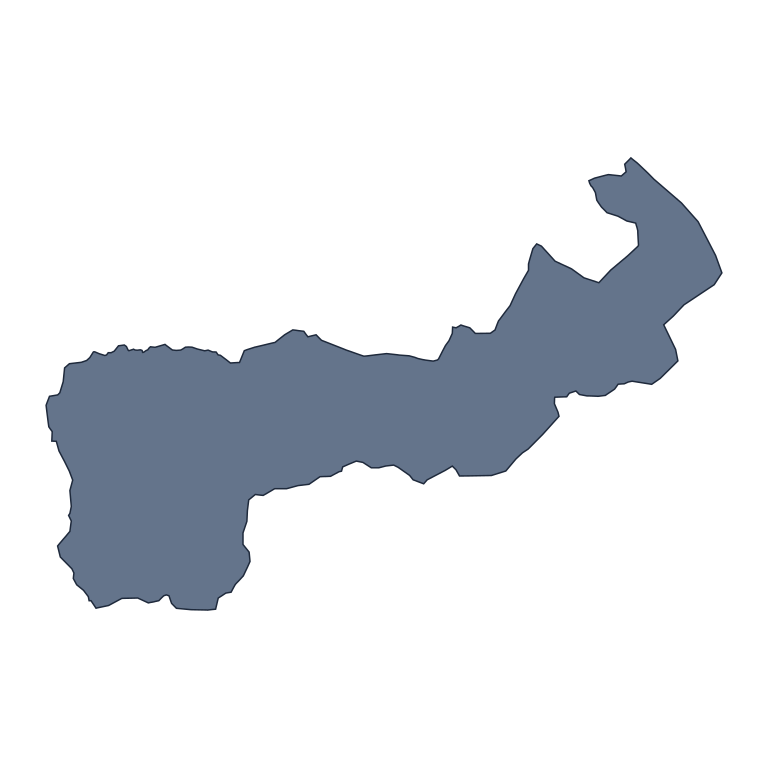 the district of Paikoro, Niger, Nigeria
{"feature_id": "59680162B6318880418470", "entity_name": "Paikoro", "entity_type": "district", "adm_level": 2, "iso_a3": "NGA", "parent_name": "Nigeria", "parent_adm1": "Niger", "projection": "albers", "projection_center": [6.843, 9.493], "detail": "fine", "context": "isolated", "style": "filled", "palette": "slate", "viewbox_px": 768, "rotation_deg": 0, "n_neighbors": 0, "source": "geoboundaries", "source_scale": "gbopen_adm2", "svg_char_len": 4830}
<svg xmlns="http://www.w3.org/2000/svg" viewBox="0 0 768 768"><path d="M639.9,165.5L639.5,165.1L637.0,162.8L632.8,159.5L630.9,157.9L629.1,159.8L626.8,162.1L624.7,164.2L625.5,168.2L626.1,171.8L621.3,176.0L618.0,175.6L608.4,174.6L605.4,175.3L595.1,178.0L594.7,178.1L594.4,178.2L591.4,179.6L588.9,180.7L589.6,183.1L591.0,185.9L591.8,186.6L592.9,188.0L595.4,192.6L596.2,197.0L596.8,200.2L598.4,202.7L601.0,206.4L601.6,207.2L602.2,207.8L605.1,210.7L607.0,212.7L610.2,213.7L618.0,216.2L621.9,218.3L626.8,221.0L632.4,222.3L635.7,223.1L636.5,226.0L636.8,226.8L637.0,227.6L637.2,228.3L637.4,229.1L637.5,229.7L637.8,230.7L637.8,232.2L638.1,238.5L638.5,245.2L638.0,246.2L627.6,255.9L610.7,270.1L598.9,282.7L598.2,282.5L583.9,277.8L571.6,268.9L555.1,261.2L541.4,246.1L536.7,243.9L532.9,248.6L529.6,259.8L528.5,264.0L528.5,270.3L523.7,278.6L515.5,293.8L510.1,305.6L507.8,308.6L505.4,311.7L499.9,319.1L498.5,320.9L497.9,322.4L497.1,324.4L495.3,329.2L495.1,329.9L490.3,333.3L487.4,333.3L478.5,333.4L475.3,333.4L472.5,330.5L469.8,327.8L467.2,327.0L463.5,325.9L460.9,325.0L458.5,326.5L458.1,326.7L457.9,326.8L456.1,327.8L452.6,327.1L452.3,333.4L449.0,340.7L445.5,345.5L442.7,350.8L439.4,357.3L438.5,359.0L437.4,360.0L433.2,361.1L430.9,360.8L425.6,360.1L422.3,359.5L417.9,358.5L414.7,357.3L409.1,355.8L399.6,355.1L396.6,354.7L386.6,353.6L375.2,354.9L367.1,355.9L363.9,356.2L360.9,355.2L349.3,351.1L348.4,350.8L346.1,350.0L343.4,348.9L326.1,342.1L321.5,340.3L318.9,337.7L316.1,334.8L312.3,335.7L307.9,336.8L306.1,334.5L303.8,331.3L299.8,330.8L298.8,330.7L296.2,330.3L292.8,329.9L289.8,331.7L286.4,333.7L284.6,334.8L277.9,340.1L275.1,342.4L271.9,343.1L262.0,345.5L255.6,347.0L254.6,347.2L254.1,347.4L247.2,349.6L244.3,350.7L240.5,360.1L239.5,362.5L236.6,362.6L230.4,363.0L226.1,359.6L220.4,355.3L218.1,354.9L216.1,352.0L212.4,351.9L208.1,350.1L204.7,350.8L197.3,349.0L192.1,347.2L188.5,347.0L185.4,347.2L182.5,349.1L180.6,350.1L176.3,350.4L172.4,350.0L166.5,345.6L165.0,344.4L155.1,347.3L150.4,346.8L148.9,348.2L147.8,349.8L146.0,350.6L143.9,352.1L142.9,352.5L142.5,352.1L142.4,351.1L142.0,350.4L141.6,350.2L140.3,349.8L137.2,350.2L135.1,350.0L133.7,349.3L133.6,349.2L128.9,350.7L128.1,350.1L126.4,346.5L124.3,345.0L118.5,345.8L114.2,351.2L111.1,352.7L108.2,352.7L106.6,354.9L104.9,355.5L99.2,353.7L94.7,351.8L93.4,351.9L89.8,357.6L86.6,360.5L81.3,362.3L69.4,363.7L64.6,367.9L63.2,381.7L59.8,392.8L57.7,394.9L49.5,396.3L46.7,403.6L46.1,405.3L46.4,407.9L48.2,422.5L48.8,426.8L50.3,429.0L52.2,431.6L52.0,436.5L51.8,441.1L54.2,441.2L56.3,441.3L59.0,451.0L64.5,461.4L69.3,471.1L72.7,480.1L69.9,490.5L71.3,506.5L69.9,513.4L68.6,515.4L71.3,521.0L70.8,524.4L70.3,528.3L69.9,531.4L67.7,534.0L65.8,536.3L63.7,538.7L59.3,543.9L57.6,546.0L60.3,557.0L71.9,568.8L73.9,573.0L73.3,578.5L76.7,584.8L83.5,590.3L88.3,596.6L89.1,600.7L90.2,600.7L91.0,600.7L94.3,605.6L96.0,608.2L96.5,608.1L97.2,607.9L108.6,605.5L121.8,598.4L124.8,598.3L134.6,598.1L137.7,598.0L144.2,601.0L148.3,602.9L151.1,602.3L151.3,602.3L152.1,602.2L152.8,602.0L153.6,601.9L155.1,601.5L155.6,601.4L158.8,600.7L161.6,597.8L163.7,595.8L166.3,594.9L169.0,595.8L170.2,599.4L171.6,603.4L176.4,608.3L179.4,608.6L189.1,609.5L190.1,609.6L191.7,609.7L207.1,610.0L207.7,610.1L208.0,610.0L212.5,609.5L215.6,609.2L218.2,598.2L218.3,598.0L221.9,595.7L222.5,595.3L225.8,593.1L228.0,592.7L231.1,592.2L233.0,588.6L234.8,585.3L235.2,584.7L235.3,584.6L235.3,584.4L235.5,584.2L235.8,583.9L236.8,582.8L238.4,581.2L242.0,577.3L242.9,576.3L243.1,576.1L243.2,575.9L243.3,575.9L243.4,575.7L247.4,567.3L250.0,561.5L249.8,559.1L249.4,554.9L249.1,552.1L243.0,544.5L243.0,532.9L246.9,521.3L247.4,510.6L248.7,500.1L248.7,499.9L250.7,498.3L253.1,496.3L255.3,494.5L259.3,495.0L263.2,495.4L265.8,493.9L266.1,493.8L266.7,493.4L269.6,491.7L272.0,490.3L272.1,490.2L274.7,488.7L286.6,488.7L298.0,485.6L309.0,484.3L320.0,476.7L322.1,476.6L324.7,476.5L325.8,476.5L330.6,476.3L332.4,475.3L338.9,471.8L339.2,471.7L341.5,471.2L342.7,466.9L348.8,464.2L356.3,461.1L362.9,462.4L371.3,467.8L378.8,467.8L385.8,466.0L393.7,465.1L398.1,467.3L409.6,475.4L413.1,479.8L423.7,483.8L427.2,479.8L445.2,470.4L452.3,466.1L456.0,469.8L459.5,476.0L468.7,475.9L491.4,475.5L505.8,471.0L516.0,458.9L522.5,452.8L528.1,449.1L542.8,434.3L559.0,416.3L558.0,412.2L554.4,403.7L554.6,397.7L554.8,397.2L562.8,396.9L566.7,396.8L568.2,394.7L569.3,393.2L575.9,391.0L577.8,392.9L579.4,394.5L582.1,395.0L586.9,395.9L588.7,395.9L596.7,396.2L597.9,396.3L598.9,396.2L602.9,395.7L605.4,395.4L606.9,394.3L612.0,390.9L614.6,389.1L616.3,386.8L618.1,384.2L622.1,383.9L624.3,383.8L626.7,382.7L628.3,382.0L632.1,381.2L651.7,384.3L660.2,378.4L677.9,360.9L675.6,349.4L663.7,324.8L673.3,316.1L684.0,304.8L714.2,284.7L721.9,272.9L715.6,255.5L707.7,240.2L698.1,221.7L681.5,203.0L654.5,179.7L654.1,179.4L648.0,173.2L639.9,165.5Z" fill="#64748b" stroke="#1e293b" stroke-width="1.5"/></svg>